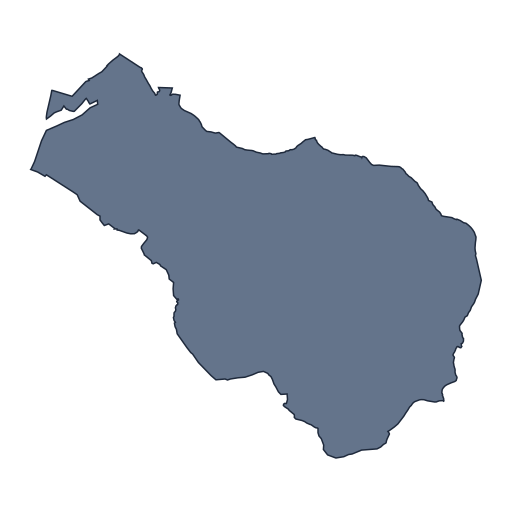 Budila, Brasov, Romania
{"feature_id": "2599482B80060958139020", "entity_name": "Budila", "entity_type": "district", "adm_level": 2, "iso_a3": "ROU", "parent_name": "Romania", "parent_adm1": "Brasov", "projection": "mercator", "projection_center": [25.874, 45.646], "detail": "fine", "context": "isolated", "style": "filled", "palette": "slate", "viewbox_px": 512, "rotation_deg": 0, "n_neighbors": 0, "source": "geoboundaries", "source_scale": "gbopen_adm2", "svg_char_len": 6006}
<svg xmlns="http://www.w3.org/2000/svg" viewBox="0 0 512 512"><path d="M474.3,232.3L472.5,229.5L470.8,227.4L468.7,225.4L466.1,223.3L463.6,222.7L460.2,220.5L457.0,219.2L456.7,219.2L456.5,219.6L455.8,219.4L454.1,218.8L451.9,217.6L443.5,216.3L442.0,215.9L441.4,215.6L440.9,214.1L439.6,212.1L436.5,209.6L435.7,208.7L435.3,207.7L434.6,206.5L433.5,205.4L432.7,204.3L431.9,202.0L429.0,200.7L428.4,200.2L428.1,198.9L427.8,198.1L425.2,193.7L422.9,190.8L420.9,189.0L420.4,188.4L418.4,185.5L417.4,183.3L417.0,182.7L414.8,181.3L411.2,177.7L408.8,176.3L407.0,174.4L405.9,173.6L405.3,172.2L402.9,169.2L401.8,168.6L400.7,167.5L399.4,166.8L398.0,166.6L391.2,166.4L379.2,165.1L373.6,165.4L371.6,164.5L369.6,162.3L366.2,157.8L365.8,157.6L364.1,156.6L362.8,156.4L362.1,156.8L361.9,157.4L361.8,157.1L360.0,156.7L356.6,155.3L355.5,155.2L355.5,155.4L355.3,155.5L354.6,155.7L352.8,155.2L345.2,155.1L343.5,154.6L340.5,154.7L337.5,154.3L332.7,153.1L331.9,153.0L331.2,152.4L327.8,150.2L325.2,149.3L323.6,149.0L322.7,148.1L321.7,146.8L321.2,146.6L318.7,144.3L317.5,142.9L316.7,141.3L316.5,140.3L315.8,140.0L315.3,139.4L315.1,138.0L314.8,137.5L307.8,139.4L305.6,139.7L302.7,142.0L301.2,143.4L298.1,145.4L296.8,146.5L295.9,147.9L293.9,149.2L292.0,149.7L290.2,149.7L289.1,150.5L288.4,150.8L286.1,151.0L285.7,151.2L285.1,152.0L283.4,152.5L281.7,152.7L280.4,152.9L279.7,153.3L276.7,153.6L275.6,154.2L274.2,154.1L271.9,154.3L271.7,154.3L271.3,153.8L270.8,153.6L269.0,153.3L268.3,153.7L263.5,153.9L262.4,153.8L260.4,153.0L256.4,152.2L253.2,150.8L251.8,150.5L247.4,150.1L244.8,149.7L242.4,148.5L236.4,147.1L235.6,146.0L233.5,144.2L230.7,142.1L219.7,133.0L218.9,132.5L215.3,133.1L211.0,131.9L206.7,131.4L205.3,130.2L202.2,127.0L201.8,126.2L201.5,124.9L200.9,123.5L200.1,121.9L199.5,121.2L199.0,120.1L197.5,118.4L196.4,117.6L195.7,116.8L193.8,115.3L191.1,113.5L184.3,110.5L181.3,108.4L180.5,107.3L179.0,104.7L178.9,103.8L179.2,100.7L180.1,95.2L175.5,94.3L172.6,94.2L171.1,95.3L170.7,95.4L170.0,95.2L169.9,94.8L170.4,94.1L171.1,92.5L172.3,88.0L158.5,87.5L158.7,88.2L159.4,89.3L159.6,89.9L159.7,90.5L159.5,91.1L159.2,91.6L158.7,91.8L157.5,92.0L157.3,93.0L157.4,94.0L157.0,94.5L156.1,95.1L155.5,95.2L154.6,93.2L152.8,91.1L151.1,88.3L149.9,85.8L148.4,83.5L146.1,79.3L144.7,77.1L143.7,74.5L143.2,73.7L141.7,71.4L141.6,70.8L142.3,69.3L142.2,68.7L141.3,67.8L140.0,67.3L119.6,54.0L119.6,54.3L118.0,56.3L112.8,60.2L108.6,63.9L107.0,65.6L107.3,65.8L106.4,66.9L101.8,71.8L98.6,73.6L91.8,78.0L88.4,79.1L89.2,80.5L87.1,81.1L86.0,81.5L85.5,81.9L72.1,96.3L52.4,90.4L51.8,90.4L50.8,95.7L47.0,112.1L46.4,116.3L46.3,117.8L46.5,119.0L50.5,116.1L54.2,112.9L56.9,111.7L61.2,110.2L63.9,106.0L66.4,109.2L67.4,109.2L69.4,110.5L70.3,110.7L73.3,111.4L74.3,111.3L81.9,103.6L85.2,99.4L85.9,98.6L86.3,98.4L88.2,101.2L89.0,102.8L89.9,104.0L97.3,100.4L97.7,104.3L90.1,107.8L82.1,114.9L73.3,119.5L64.4,122.4L56.9,125.9L46.4,130.4L41.5,140.8L34.6,161.5L31.2,168.8L30.7,169.5L37.6,172.0L45.0,176.3L46.4,174.8L72.9,191.8L77.2,194.7L80.1,201.2L97.3,214.7L100.0,216.1L100.0,219.9L102.2,222.9L104.3,225.5L108.7,223.9L114.6,228.4L114.3,229.0L116.8,228.9L117.1,229.0L117.1,230.0L119.2,230.3L126.8,233.0L130.7,233.8L134.4,233.7L136.5,232.5L137.8,231.5L138.3,230.1L138.8,229.9L145.8,235.2L145.9,235.4L146.4,235.5L147.6,237.2L146.9,239.6L143.9,243.2L141.5,246.4L141.3,248.2L144.2,254.1L144.2,254.8L151.3,260.6L152.0,263.3L153.2,263.8L156.3,262.4L159.9,264.5L160.6,265.9L166.3,269.7L168.8,275.2L169.2,279.0L173.6,282.5L173.1,288.8L173.6,295.6L176.8,299.3L177.6,298.9L178.3,299.0L178.5,299.8L176.7,301.3L176.8,301.9L177.8,302.7L177.7,304.3L177.5,304.7L177.0,304.7L176.0,305.8L175.4,307.8L175.8,309.5L175.4,311.3L174.2,312.5L174.0,313.8L174.0,316.4L173.4,317.5L174.1,320.5L175.4,322.3L174.4,323.1L175.1,326.7L176.4,329.3L177.2,333.8L187.0,347.7L190.8,352.6L192.6,354.0L198.4,362.5L211.1,375.6L215.9,379.8L225.1,379.0L227.5,380.0L230.4,379.0L237.8,377.8L245.0,377.2L252.3,374.8L258.1,372.3L263.5,371.4L267.8,373.4L268.9,375.0L270.9,376.5L272.3,379.2L274.0,384.0L275.9,387.0L278.4,391.8L280.9,394.4L287.1,394.0L287.5,399.5L286.4,403.5L284.6,403.4L283.6,404.2L283.4,405.5L284.6,406.7L288.3,409.1L289.2,410.4L294.2,414.5L294.4,415.7L294.3,417.4L295.8,419.0L302.0,420.5L304.7,421.6L306.7,423.0L309.9,424.4L311.1,424.7L314.0,426.8L315.6,427.7L317.7,428.1L318.0,428.5L318.0,432.7L319.0,436.0L321.3,438.7L323.7,445.1L323.4,449.5L327.6,454.9L335.9,458.0L343.8,456.7L348.6,454.5L352.1,454.0L361.5,450.1L377.0,448.9L380.7,447.0L383.5,444.4L385.8,443.1L386.1,442.7L386.5,440.7L387.1,439.0L389.4,434.0L389.3,433.6L389.1,433.1L387.9,431.4L388.9,430.9L394.3,427.0L397.9,423.9L403.8,416.2L405.7,413.1L407.9,409.9L409.6,407.0L411.3,405.4L411.9,404.4L413.2,402.8L414.6,401.7L419.6,399.8L421.4,399.6L424.0,399.7L427.5,400.8L434.7,402.0L436.4,401.9L437.9,401.3L439.4,400.8L442.9,400.6L443.5,401.2L443.9,400.9L443.7,399.6L443.7,398.8L443.4,397.8L443.0,397.2L443.0,396.6L442.9,396.3L442.4,395.4L442.6,394.6L442.0,393.0L441.8,392.9L442.1,390.2L442.3,389.5L442.7,388.6L444.5,386.4L445.5,385.6L446.9,384.7L451.2,382.8L454.8,381.5L456.2,380.5L456.5,379.2L456.9,378.2L457.0,377.3L456.5,376.1L455.8,375.2L455.0,372.2L455.1,370.5L455.0,369.1L454.5,367.7L453.9,365.5L453.7,363.8L453.5,363.2L453.4,362.5L453.9,359.5L454.4,357.8L454.4,357.4L454.1,356.8L453.3,355.7L453.0,355.0L453.2,354.3L453.6,353.4L454.6,351.9L455.5,349.9L455.9,348.4L456.7,347.6L456.9,346.8L457.2,346.6L457.7,346.5L458.6,346.7L459.1,347.3L460.3,347.7L460.9,347.7L461.1,347.5L461.5,346.8L461.8,346.5L461.4,345.8L461.4,344.6L461.2,343.7L462.5,343.1L463.4,341.3L463.5,340.5L463.5,338.4L462.8,337.8L462.6,337.4L462.0,334.4L462.1,333.3L460.3,330.9L459.9,330.5L459.6,328.5L459.5,326.1L459.9,325.3L462.5,322.0L463.5,320.5L464.3,318.8L464.8,317.4L465.3,316.9L467.3,315.7L468.5,312.7L470.2,310.4L471.5,306.8L473.8,303.5L474.6,302.0L475.5,299.3L478.2,294.1L481.3,280.3L476.4,258.7L475.5,255.9L475.5,255.3L475.9,253.7L475.2,250.6L475.0,247.9L475.4,242.6L475.8,239.9L476.0,237.0L475.0,234.4L474.3,232.3Z" fill="#64748b" stroke="#1e293b" stroke-width="1.5"/></svg>